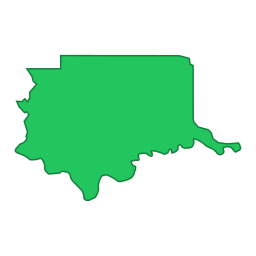 Bryan, Oklahoma, United States of America (Robinson projection)
{"feature_id": "52423323B7757508729966", "entity_name": "Bryan", "entity_type": "district", "adm_level": 2, "iso_a3": "USA", "parent_name": "United States of America", "parent_adm1": "Oklahoma", "projection": "robinson", "projection_center": [-96.193, 33.922], "detail": "fine", "context": "isolated", "style": "filled", "palette": "green", "viewbox_px": 256, "rotation_deg": 0, "n_neighbors": 0, "source": "geoboundaries", "source_scale": "gbopen_adm2", "svg_char_len": 2610}
<svg xmlns="http://www.w3.org/2000/svg" viewBox="0 0 256 256"><path d="M26.9,68.8L32.0,76.4L33.3,81.4L36.6,84.2L29.7,92.3L29.9,97.5L27.5,101.9L24.8,98.8L22.0,101.6L16.7,101.3L19.1,106.8L24.6,112.7L26.9,111.8L29.0,114.9L24.2,121.2L27.6,132.2L26.0,136.3L26.8,137.4L26.9,138.1L26.3,139.6L25.6,140.7L23.8,142.4L22.7,143.1L20.0,144.2L16.6,148.1L15.6,149.3L15.4,149.8L15.4,150.8L15.5,151.5L17.1,152.7L22.7,154.9L24.9,156.0L26.4,156.8L30.0,159.6L31.7,159.8L35.6,159.6L40.3,158.4L41.3,158.7L41.9,159.0L42.6,159.9L43.7,162.0L44.5,164.5L44.7,165.8L44.7,169.2L45.7,171.1L48.2,173.6L48.7,173.9L52.3,173.7L59.3,173.1L60.0,172.8L61.5,171.4L62.1,171.3L65.1,171.6L66.7,172.0L68.6,172.8L69.3,173.7L70.0,175.0L70.3,175.9L71.0,178.5L72.3,180.5L73.6,182.0L78.5,186.9L79.8,188.3L82.3,191.0L83.0,192.7L83.9,195.9L83.9,198.0L84.2,198.7L85.8,200.1L87.7,200.4L89.2,200.2L94.7,197.7L95.3,197.2L95.8,196.5L97.6,193.0L98.4,190.0L98.5,188.0L98.3,185.4L98.6,183.6L99.4,180.6L99.7,179.7L101.5,176.3L102.1,175.8L106.0,174.8L107.9,175.2L113.5,178.1L118.4,181.4L120.6,181.6L125.9,180.2L126.8,179.8L129.3,178.9L131.5,177.6L132.4,176.6L133.7,174.6L135.5,168.9L135.6,166.6L134.4,166.1L133.5,165.6L132.8,165.3L132.3,164.9L131.7,163.9L131.3,162.2L131.8,161.2L132.1,161.0L135.1,160.2L138.5,160.2L139.0,159.6L138.3,155.6L138.7,154.4L139.2,153.8L141.6,153.4L145.7,153.2L146.9,153.8L149.0,155.5L150.5,156.0L151.8,156.1L152.2,155.4L152.2,153.8L151.8,152.4L151.4,151.9L151.2,151.4L151.2,151.1L151.6,150.7L155.5,151.1L160.9,152.7L163.1,153.7L164.7,154.2L167.7,152.8L169.3,149.9L169.7,149.3L170.8,149.4L171.6,149.8L171.7,150.4L171.5,151.3L171.6,152.2L171.8,152.6L172.3,153.0L175.9,151.5L177.7,149.8L177.9,149.4L178.0,148.4L177.9,146.7L178.1,145.7L178.9,145.1L179.5,144.9L180.2,144.9L181.3,145.7L182.2,147.2L184.4,148.1L189.7,147.9L191.6,147.1L192.4,146.5L193.6,143.8L193.9,142.4L193.9,141.3L193.8,140.8L193.5,140.1L193.4,139.4L193.7,138.8L193.9,138.7L197.1,139.7L198.9,140.5L201.6,142.2L204.7,144.5L206.2,145.8L207.8,146.8L213.4,149.3L215.9,151.6L217.0,152.9L217.4,153.5L218.4,154.2L219.1,154.5L220.5,154.6L221.4,154.4L222.8,153.5L223.4,153.0L223.7,152.3L223.8,151.8L223.7,150.6L223.4,149.9L223.1,148.4L223.1,148.0L223.4,147.5L227.4,146.6L228.5,146.6L231.3,147.7L231.8,148.1L234.8,151.6L235.6,152.0L235.9,152.0L238.0,150.7L239.5,150.1L240.4,148.9L240.6,148.1L239.6,144.6L238.8,143.7L238.5,143.0L227.4,143.9L218.3,142.7L213.0,138.6L211.2,132.9L208.5,129.9L198.1,127.0L193.9,122.0L193.2,119.9L193.1,65.5L190.1,64.3L189.2,58.4L179.4,55.8L150.9,55.7L113.4,55.7L72.6,55.6L60.7,55.6L60.7,68.8L26.9,68.8Z" fill="#22c55e" stroke="#15803d" stroke-width="1.5"/></svg>